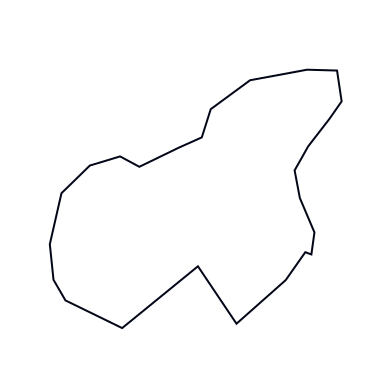 an SVG outline of Moka, rotated 101°
{"feature_id": "MUS-5186", "entity_name": "Moka", "entity_type": "District", "adm_level": 1, "iso_a3": "MUS", "parent_name": "Mauritius", "parent_adm1": "", "projection": "mercator", "projection_center": [57.579, -20.265], "detail": "fine", "context": "isolated", "style": "outline", "palette": "ink", "viewbox_px": 384, "rotation_deg": 101, "n_neighbors": 0, "source": "natural_earth", "source_scale": "10m", "svg_char_len": 473}
<svg xmlns="http://www.w3.org/2000/svg" viewBox="0 0 384 384"><g transform="rotate(101 192 192)"><path d="M230.5,62.9L229.5,69.3L260.6,83.2L312.8,123.2L263.8,172.0L338.9,234.6L322.6,295.5L304.6,311.2L270.4,321.6L218.1,319.9L185.5,297.3L170.8,269.4L177.3,248.5L151.2,213.7L136.5,192.8L107.1,189.4L71.2,156.3L50.0,102.4L45.1,72.8L74.5,62.4L94.1,71.1L125.1,86.7L136.9,90.6L151.2,95.4L177.3,85.0L208.3,64.1L230.5,62.9Z" fill="none" stroke="#020617" stroke-width="2"/></g></svg>